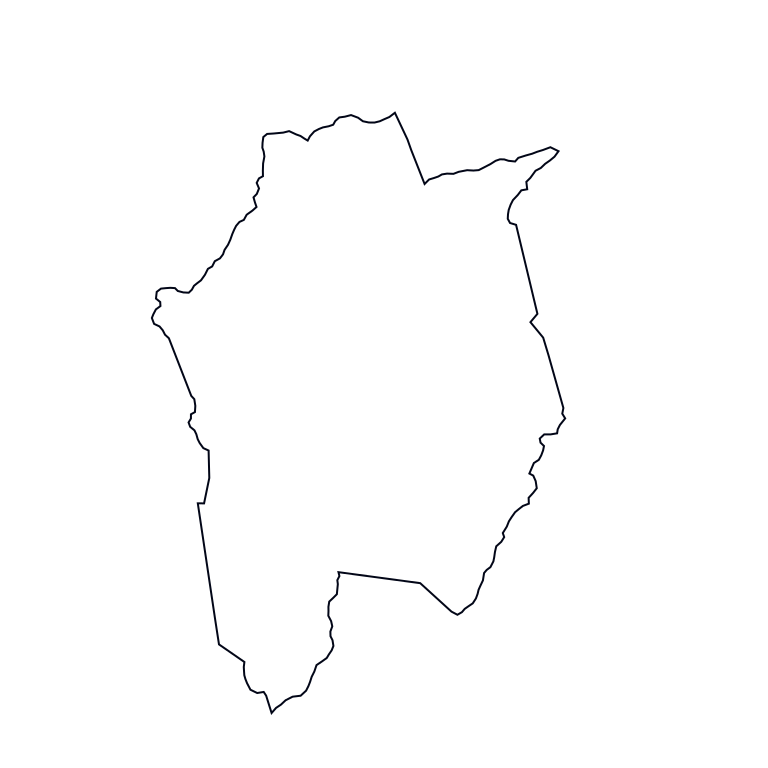 the district of Baixa Grande, Bahia, Brazil, rotated 251°
{"feature_id": "56859067B21478316481218", "entity_name": "Baixa Grande", "entity_type": "district", "adm_level": 2, "iso_a3": "BRA", "parent_name": "Brazil", "parent_adm1": "Bahia", "projection": "mercator", "projection_center": [-40.14, -11.982], "detail": "fine", "context": "isolated", "style": "outline", "palette": "ink", "viewbox_px": 768, "rotation_deg": 251, "n_neighbors": 0, "source": "geoboundaries", "source_scale": "gbopen_adm2", "svg_char_len": 3118}
<svg xmlns="http://www.w3.org/2000/svg" viewBox="0 0 768 768"><g transform="rotate(251 384 384)"><path d="M545.1,199.1L539.0,196.2L534.4,199.1L530.5,198.0L528.8,192.6L525.0,188.6L522.0,186.0L515.7,186.2L511.5,190.5L506.8,192.3L501.9,193.0L497.3,195.5L435.5,197.9L431.4,199.7L424.8,198.5L419.0,196.1L418.2,191.6L414.2,190.2L411.3,186.7L406.6,186.8L401.9,189.7L397.6,190.2L392.5,189.9L388.2,190.5L382.2,192.3L378.2,196.5L352.0,188.2L329.7,175.0L331.8,169.1L216.4,147.7L191.5,143.2L166.6,161.5L162.1,159.3L158.2,158.2L154.1,157.1L150.2,156.9L145.7,157.1L138.4,158.2L133.1,163.5L132.0,170.0L127.7,171.1L120.6,170.9L109.5,170.6L112.9,176.5L114.4,182.2L117.0,188.0L118.1,195.8L116.4,203.7L119.4,210.5L123.0,214.2L126.4,217.1L130.7,220.3L134.8,224.5L140.2,228.7L141.9,235.1L143.6,240.7L146.3,243.9L149.2,247.8L152.8,250.9L158.5,251.9L162.9,251.3L167.4,252.7L171.7,256.2L177.0,256.8L183.0,255.9L187.4,257.6L191.4,258.9L196.1,261.4L198.2,266.1L200.6,271.0L205.9,273.4L209.8,275.2L213.7,276.0L216.9,279.3L220.9,279.7L183.9,353.4L146.8,373.7L141.9,378.3L142.9,383.4L145.1,387.1L146.3,391.3L147.7,396.5L151.3,401.1L155.1,404.2L158.6,406.4L161.6,409.2L166.1,413.6L172.7,417.1L174.8,420.6L176.2,425.0L180.7,429.7L184.3,431.8L189.0,434.2L194.0,437.3L196.6,443.5L200.1,447.8L204.4,447.8L209.2,453.7L213.5,457.4L216.5,461.2L220.1,466.2L221.8,470.7L223.5,475.6L223.7,482.0L229.3,483.7L232.4,489.4L235.7,494.5L242.8,495.8L248.8,495.3L252.0,492.3L256.1,496.0L260.5,500.0L261.9,505.7L265.3,509.4L269.4,512.8L273.3,515.1L277.6,512.9L281.7,513.5L284.2,519.1L282.1,525.2L281.0,531.6L284.6,533.5L288.0,537.0L292.5,544.1L297.9,542.9L302.9,545.8L357.5,548.9L376.0,549.6L394.8,542.6L400.4,551.9L415.0,553.3L434.5,555.2L491.5,560.7L495.2,555.6L499.9,554.8L504.1,556.5L508.0,558.6L512.3,562.1L515.9,565.8L519.2,572.1L522.4,576.9L521.5,582.8L528.8,584.4L531.2,589.4L533.7,593.0L536.3,596.7L537.2,602.6L539.7,608.0L541.3,613.6L543.4,619.2L547.3,624.8L553.7,618.4L553.5,610.5L553.7,604.3L553.5,599.1L553.9,592.5L554.1,584.6L551.7,580.4L554.5,574.4L557.2,570.8L558.7,566.8L558.7,562.2L557.3,556.3L556.2,548.9L555.4,543.2L556.7,538.1L559.1,532.2L560.3,523.7L560.1,518.1L562.4,512.1L563.3,507.0L562.5,502.9L562.5,498.2L562.7,493.2L559.9,487.5L596.5,485.9L607.5,485.8L636.9,482.6L634.7,476.0L634.3,470.7L633.8,465.5L634.3,460.1L636.2,454.8L639.3,449.6L644.2,446.2L649.0,440.4L649.5,434.0L650.6,428.5L648.5,423.5L645.7,420.4L645.7,415.6L646.5,409.8L646.3,405.5L645.5,400.3L642.3,394.6L639.0,391.1L642.0,388.6L645.7,385.8L648.5,382.3L654.0,376.6L654.5,370.6L656.8,361.1L658.5,354.9L656.8,350.3L651.6,347.7L647.0,345.9L642.9,345.9L638.1,345.0L631.9,341.5L625.1,338.9L619.9,337.2L619.1,332.7L615.6,329.1L609.6,329.5L605.1,325.6L603.0,321.4L597.8,321.1L592.9,321.1L590.8,316.1L588.8,309.3L584.8,304.9L584.3,300.1L581.7,295.7L578.7,292.6L575.3,289.5L570.4,285.6L566.4,281.8L562.7,276.9L559.0,274.0L556.2,269.8L555.2,264.0L551.1,259.8L550.2,255.0L545.6,250.3L541.6,244.7L540.1,240.1L538.7,236.3L535.7,233.0L533.9,229.1L535.9,224.1L539.1,219.3L542.7,217.6L544.5,213.3L545.6,209.2L546.8,204.2L545.1,199.1Z" fill="none" stroke="#020617" stroke-width="2"/></g></svg>